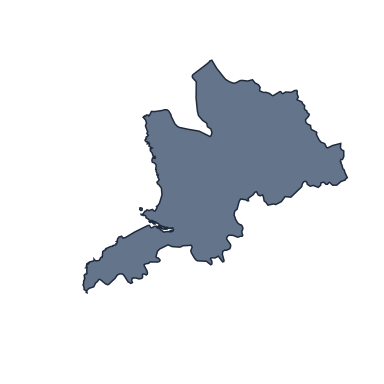 the district of Kutai Timur, Kalimantan Timur, Indonesia, rotated 140°
{"feature_id": "22746128B75924443266043", "entity_name": "Kutai Timur", "entity_type": "district", "adm_level": 2, "iso_a3": "IDN", "parent_name": "Indonesia", "parent_adm1": "Kalimantan Timur", "projection": "orthographic", "projection_center": [118.078, 0.931], "detail": "fine", "context": "isolated", "style": "filled", "palette": "slate", "viewbox_px": 384, "rotation_deg": 140, "n_neighbors": 0, "source": "geoboundaries", "source_scale": "gbopen_adm2", "svg_char_len": 6068}
<svg xmlns="http://www.w3.org/2000/svg" viewBox="0 0 384 384"><g transform="rotate(140 192 192)"><path d="M63.8,103.1L62.2,109.2L61.5,110.3L61.2,111.8L61.6,112.5L59.7,116.6L59.6,118.1L58.6,118.9L58.8,120.0L57.0,121.2L55.9,120.2L53.0,121.5L49.3,126.0L50.3,128.3L49.8,130.5L46.8,133.6L54.3,137.2L59.6,138.6L60.3,139.5L59.3,143.8L61.2,147.4L61.1,150.5L59.8,156.1L58.3,157.2L58.2,158.1L60.3,163.1L60.2,164.0L58.4,166.8L59.9,169.9L60.0,172.1L58.6,174.4L53.9,175.1L52.2,176.1L52.7,178.7L51.9,180.6L52.6,182.0L52.2,183.8L50.2,185.7L50.5,188.7L49.9,190.4L52.2,195.1L51.5,195.7L49.6,196.3L48.4,199.7L46.7,201.4L46.4,202.5L48.2,203.8L51.7,204.4L56.0,208.4L59.3,209.0L59.7,210.0L59.5,211.8L60.1,212.4L67.7,213.6L68.5,214.2L69.3,217.8L71.2,220.7L73.3,222.4L75.0,225.6L74.6,226.8L72.5,228.4L72.2,231.6L73.6,235.0L73.5,239.1L78.0,241.2L82.0,245.4L83.7,246.5L87.7,247.3L90.0,248.3L92.3,252.0L93.9,256.6L93.9,261.0L93.6,271.0L92.1,280.2L94.1,280.9L94.2,280.6L98.5,280.5L115.6,281.3L116.9,280.9L117.8,280.0L118.1,278.6L117.9,273.7L128.6,261.2L135.8,250.6L137.9,246.3L137.9,240.3L136.5,235.3L138.2,232.0L137.0,228.2L138.6,224.6L141.2,222.9L142.6,223.0L147.4,234.0L154.7,242.6L160.0,249.4L161.0,251.4L161.3,255.2L159.2,263.7L158.5,264.6L157.8,268.9L158.3,271.0L160.0,272.6L162.4,273.6L168.9,277.6L171.3,279.8L175.0,278.2L176.4,278.1L176.2,279.2L177.4,280.3L179.2,280.0L179.5,280.8L181.4,280.7L181.3,276.9L182.6,273.9L184.7,273.0L185.4,272.1L187.3,266.6L189.0,265.8L189.1,263.5L191.1,263.2L191.5,263.6L192.8,262.8L192.9,262.0L194.2,262.2L194.9,261.4L194.8,259.9L193.8,259.1L195.2,257.7L193.9,257.5L194.4,257.1L193.8,256.7L194.2,256.6L194.0,255.8L195.5,254.8L194.3,251.5L195.2,252.0L194.7,251.5L195.4,251.3L195.7,252.0L196.2,252.0L197.4,250.3L197.4,247.6L198.7,244.7L198.2,244.0L198.5,243.3L197.7,243.1L198.6,242.1L197.4,241.7L198.7,241.6L199.7,242.7L199.2,243.4L200.4,243.4L202.2,242.2L203.0,241.0L203.2,240.2L202.2,238.6L202.0,236.7L202.4,235.3L205.4,232.6L205.0,232.0L206.3,230.7L206.7,228.7L207.9,227.8L207.8,226.4L207.4,226.4L208.6,225.5L209.1,222.8L210.2,222.2L212.5,222.1L212.8,221.6L213.1,220.1L212.7,219.2L212.9,214.8L216.8,209.1L224.0,204.4L226.9,203.5L228.6,203.8L228.9,204.3L228.4,203.0L228.9,202.4L232.7,201.1L233.3,202.2L233.5,204.1L237.1,205.5L237.4,206.6L238.3,207.4L239.4,207.0L240.4,207.5L243.9,206.7L244.1,204.9L243.1,204.5L242.9,203.2L243.8,201.8L242.9,199.7L243.1,199.0L242.2,196.7L240.7,195.6L239.8,193.2L238.8,192.1L239.0,190.6L238.0,189.3L238.3,187.2L237.5,186.7L237.0,184.7L236.3,184.3L235.6,183.1L235.6,182.2L235.2,181.7L234.2,181.6L233.6,180.6L234.1,180.4L234.2,180.8L234.4,180.0L233.4,180.0L233.2,179.0L231.6,178.2L231.4,177.4L230.2,176.5L230.9,177.8L229.8,176.9L230.5,175.9L230.4,174.9L231.5,174.3L233.7,175.0L236.2,177.5L239.5,179.5L239.8,181.8L240.6,183.3L240.1,185.3L241.8,186.5L241.5,187.8L241.9,189.2L243.2,190.0L245.7,190.3L246.5,191.3L246.1,193.8L247.3,194.7L261.7,198.2L272.3,199.9L274.5,201.1L274.4,203.4L277.1,204.5L279.4,203.8L280.6,202.6L281.7,202.7L281.3,201.7L282.7,200.9L283.4,201.3L284.3,200.5L287.0,201.8L287.8,201.5L289.2,202.5L294.4,204.0L294.9,203.9L295.0,203.3L298.6,203.8L302.6,199.8L303.3,200.4L304.6,200.3L306.7,199.2L308.7,200.1L310.2,201.6L310.2,203.5L310.6,202.9L311.9,202.5L315.2,204.2L317.7,204.2L317.4,203.7L318.7,203.6L318.9,203.9L317.9,204.5L318.7,204.6L320.8,202.9L320.7,202.0L322.0,202.1L321.4,201.4L321.7,200.7L322.9,199.8L324.6,197.4L325.2,197.6L325.5,197.0L326.9,197.7L328.2,197.5L328.7,196.4L329.6,195.9L328.9,196.2L329.6,194.7L330.5,194.5L330.8,193.8L332.4,193.4L333.5,191.8L335.2,190.9L335.4,190.3L335.2,190.5L336.1,188.2L337.4,186.6L336.6,184.6L336.8,183.8L337.6,183.1L337.2,182.3L336.5,183.6L335.4,184.2L332.9,184.4L328.2,182.5L324.5,184.2L321.9,184.2L319.7,184.9L318.9,184.4L318.4,183.2L317.3,177.2L316.1,175.1L315.2,174.8L306.3,175.3L302.9,176.4L300.3,175.9L298.1,174.2L297.7,171.9L298.7,164.5L297.6,161.3L295.8,160.9L295.1,163.1L293.1,164.4L290.4,162.4L288.5,159.5L286.0,158.1L284.4,158.6L283.3,160.4L282.2,160.5L281.2,159.9L280.4,157.8L279.3,157.8L278.2,158.5L277.2,160.5L275.9,166.5L275.3,167.1L273.5,166.7L271.1,165.2L269.0,165.3L263.3,160.4L261.7,159.8L260.5,160.0L260.1,161.1L260.3,163.2L261.2,164.5L261.2,165.6L256.5,168.8L253.3,169.1L244.3,166.9L242.4,163.0L237.1,157.9L235.8,157.1L233.7,156.8L226.8,151.6L227.3,149.7L230.7,147.8L231.6,145.7L232.6,139.8L232.6,137.0L231.8,135.5L225.5,129.7L224.4,124.2L223.0,124.1L222.0,125.2L221.1,126.7L221.1,128.7L220.3,129.2L219.0,128.7L216.6,126.6L213.1,125.9L213.5,118.8L212.4,118.3L211.5,118.9L208.9,124.6L206.6,126.8L204.3,126.4L203.2,125.3L199.5,124.2L197.4,125.4L196.2,127.1L195.7,133.8L194.4,134.9L192.5,135.3L191.3,135.1L188.3,132.2L186.4,128.5L185.6,127.7L183.4,127.0L182.0,125.9L181.0,126.2L179.7,129.1L178.7,130.2L177.4,130.6L176.2,131.6L175.5,133.6L175.4,135.0L176.4,136.6L176.9,138.7L176.3,142.6L174.5,147.4L172.3,149.3L171.0,150.0L168.6,149.8L162.2,154.3L159.3,155.4L155.9,151.6L155.2,149.6L154.3,148.9L153.2,151.0L146.7,150.6L144.0,151.4L142.4,150.7L143.2,147.2L142.3,145.3L139.8,144.4L140.6,142.1L142.5,138.7L142.0,136.7L142.3,133.1L137.1,130.4L136.0,128.6L129.8,127.2L123.6,128.6L119.6,124.5L104.7,125.5L102.0,127.4L100.1,128.0L98.9,127.7L97.9,126.7L97.9,125.4L98.7,123.8L97.7,120.4L95.0,119.2L92.3,114.4L89.1,114.5L87.4,116.1L84.7,114.8L84.5,112.0L84.1,111.4L83.2,110.8L81.4,111.3L80.4,110.8L79.9,106.8L76.6,104.2L71.1,104.3L67.0,102.7L66.1,103.2L63.8,103.1ZM236.6,180.8L234.9,179.7L234.7,180.4L235.8,181.8L236.2,183.8L237.1,184.7L238.2,186.8L238.9,187.6L239.4,187.5L239.8,187.3L238.6,184.1L238.9,183.7L237.5,181.7L236.4,181.2L236.6,180.8ZM243.0,210.6L241.9,210.2L240.7,211.4L241.4,212.9L242.2,213.3L243.3,212.2L243.0,210.6ZM241.9,192.2L240.9,191.2L240.3,191.9L241.3,195.0L242.0,194.7L241.9,192.2ZM241.4,188.3L241.5,186.5L240.9,186.2L240.8,187.8L241.2,188.7L241.6,188.7L241.4,188.3ZM242.9,195.3L242.5,195.8L243.0,195.7L242.8,196.1L243.7,196.8L243.8,196.0L242.9,195.3ZM245.3,207.7L245.6,207.1L245.1,206.5L244.8,207.1L245.3,207.7ZM233.1,176.2L232.8,175.4L232.0,174.7L232.6,176.0L233.1,176.2Z" fill="#64748b" stroke="#1e293b" stroke-width="1.5"/></g></svg>